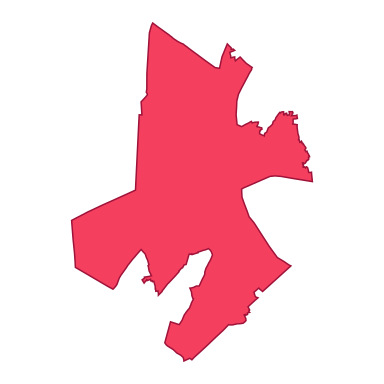 Gwale, Kano, Nigeria
{"feature_id": "59680162B24203265637376", "entity_name": "Gwale", "entity_type": "district", "adm_level": 2, "iso_a3": "NGA", "parent_name": "Nigeria", "parent_adm1": "Kano", "projection": "robinson", "projection_center": [8.494, 11.979], "detail": "fine", "context": "isolated", "style": "filled", "palette": "rose", "viewbox_px": 384, "rotation_deg": 0, "n_neighbors": 0, "source": "geoboundaries", "source_scale": "gbopen_adm2", "svg_char_len": 5938}
<svg xmlns="http://www.w3.org/2000/svg" viewBox="0 0 384 384"><path d="M283.6,111.8L282.4,111.8L280.9,112.2L280.2,113.0L279.7,112.5L278.7,113.7L277.6,115.3L276.0,117.5L275.2,119.6L274.9,120.1L273.2,121.5L272.7,123.5L272.3,124.3L271.8,125.0L269.6,127.0L268.5,127.6L268.3,128.1L268.0,128.5L267.9,128.9L266.7,132.0L265.5,132.9L264.7,133.4L264.4,135.0L264.2,135.9L263.8,135.6L262.9,135.3L261.6,134.8L260.5,134.2L259.6,133.7L259.7,131.0L260.4,130.8L260.5,130.0L262.0,129.2L261.7,127.8L260.6,127.6L258.8,127.0L257.3,126.8L256.8,126.5L257.8,124.5L258.4,122.5L258.4,122.1L257.4,122.1L254.9,122.2L253.1,122.6L252.1,122.9L251.4,121.4L250.1,122.0L248.8,122.9L245.7,124.3L241.7,126.6L237.1,124.7L236.1,114.7L236.6,107.0L236.8,101.1L238.5,94.2L241.4,88.3L248.1,75.7L248.8,74.2L250.1,72.0L251.6,69.6L251.7,68.3L252.2,67.5L250.3,66.2L246.3,63.4L242.0,59.0L240.7,57.6L240.1,57.0L235.4,60.8L234.8,58.8L234.7,56.9L230.7,57.7L230.7,55.8L229.7,52.4L234.7,50.4L233.1,49.0L231.2,49.4L231.1,47.7L229.4,46.1L227.3,43.9L222.0,56.8L219.5,68.3L215.1,67.6L205.7,60.9L188.3,48.0L187.0,46.9L184.7,45.3L183.3,44.1L180.4,42.9L177.0,41.0L173.1,38.3L172.3,37.5L171.4,36.7L171.1,36.5L170.5,36.2L169.6,35.3L158.0,27.0L152.7,23.0L151.4,25.6L149.4,32.8L146.9,73.3L146.8,89.3L146.7,89.5L146.3,92.3L146.6,92.9L147.2,93.4L147.3,94.9L145.8,96.8L143.7,99.1L141.1,101.8L141.9,114.9L139.2,114.8L139.1,116.3L135.7,185.3L135.5,190.1L123.9,195.4L111.5,201.0L109.5,201.9L101.9,205.3L91.1,210.4L87.5,212.1L71.6,220.4L73.1,239.4L74.5,253.2L75.1,261.8L75.4,267.4L87.1,274.2L107.7,286.3L113.0,289.2L114.4,287.7L115.6,286.4L117.0,284.3L119.3,278.0L120.9,275.3L126.4,267.6L127.9,265.2L129.3,263.5L132.5,259.4L133.8,257.9L134.9,256.7L136.2,255.1L140.4,250.3L141.1,249.5L142.2,250.7L143.3,252.0L144.1,252.8L144.9,253.6L145.5,254.7L145.9,256.1L146.6,258.1L147.4,259.6L147.9,261.2L148.4,263.0L148.9,264.8L148.0,265.6L148.4,266.9L149.1,270.9L149.9,272.6L151.5,275.7L149.1,276.4L144.4,277.1L144.5,278.1L142.1,279.8L144.1,283.1L146.8,279.7L147.2,280.6L150.5,279.3L150.7,280.8L152.3,280.8L152.2,281.4L152.6,281.4L152.7,281.7L153.8,281.4L154.4,283.5L154.9,285.2L155.2,285.9L155.2,286.7L155.2,287.3L155.3,289.1L155.6,289.1L155.8,291.3L158.0,291.0L158.2,292.5L158.4,293.2L158.4,294.0L158.4,294.6L158.4,295.2L159.7,293.9L162.1,291.5L162.2,290.9L162.7,290.3L167.6,283.9L168.8,282.8L175.3,275.9L179.1,271.6L178.9,270.9L179.9,270.0L181.7,268.0L182.5,267.9L184.1,264.9L186.1,264.5L189.1,254.2L190.0,254.1L190.9,254.4L191.8,253.9L192.1,254.6L193.5,254.1L198.1,252.7L198.0,252.1L200.6,251.3L203.1,250.4L205.9,249.7L208.4,248.6L210.5,250.4L211.3,251.8L212.5,254.9L211.0,258.7L210.1,260.6L208.6,263.2L207.6,265.3L205.9,268.4L204.8,272.1L204.8,273.7L204.4,275.2L202.3,279.2L199.2,286.0L196.4,286.0L193.5,287.4L191.8,287.9L189.9,288.1L191.1,291.0L191.6,292.5L191.5,292.9L191.8,294.2L191.8,295.2L192.7,298.2L193.5,298.9L193.2,299.4L191.3,303.3L190.9,304.6L190.6,305.4L190.2,306.1L189.9,307.3L189.2,308.5L188.4,309.3L187.6,310.3L186.5,311.7L185.2,313.6L184.4,314.7L183.5,316.7L182.1,320.2L179.2,324.6L170.5,321.8L169.2,326.6L164.8,342.8L166.2,344.8L167.7,346.1L173.3,349.6L176.8,353.0L179.9,354.7L181.0,355.4L183.1,357.4L183.6,358.8L183.9,361.0L189.8,358.3L191.9,359.8L194.2,357.3L199.2,352.8L204.4,348.0L209.0,343.7L212.2,340.6L216.1,336.9L223.5,330.0L228.6,324.7L229.5,324.9L230.9,324.9L231.9,324.9L233.3,324.8L234.5,324.4L235.8,324.2L237.0,323.8L238.5,323.8L239.6,323.7L240.8,323.6L241.9,323.4L243.0,323.3L243.9,322.6L244.5,322.1L245.3,321.4L246.0,320.6L245.8,318.5L244.2,314.9L245.1,314.5L245.8,315.2L247.5,314.5L247.2,313.8L247.4,313.6L247.5,313.0L249.5,312.4L249.1,312.1L248.9,311.8L248.9,311.4L248.8,311.1L249.5,310.6L249.2,309.9L249.5,309.5L248.9,308.7L248.7,308.1L248.0,306.8L255.4,300.0L258.0,297.8L255.4,296.8L254.9,295.4L254.0,292.2L258.8,288.1L259.8,289.2L262.6,291.5L290.8,266.0L290.9,265.9L288.9,264.9L284.1,261.6L277.3,257.5L269.1,246.2L260.6,233.0L254.1,222.9L249.1,216.8L246.9,210.5L246.6,209.8L244.2,203.5L242.0,197.2L241.6,189.1L243.8,187.8L249.6,185.3L261.0,180.3L270.0,176.4L274.9,175.9L281.0,176.4L286.8,177.4L293.7,178.6L299.4,179.5L312.4,181.6L311.6,173.9L311.5,172.2L310.1,172.5L309.5,172.5L308.6,172.4L308.6,171.3L307.7,167.9L307.5,167.7L307.3,167.7L307.0,167.4L306.8,167.0L306.7,166.8L306.4,166.9L306.3,167.0L305.8,167.4L305.4,167.8L305.1,167.3L304.9,167.0L304.6,166.9L304.5,167.0L304.3,167.1L303.9,167.2L303.6,167.1L303.1,167.0L303.6,166.1L302.8,164.5L302.5,162.9L303.2,162.8L303.6,164.1L304.5,163.5L305.1,163.3L305.6,162.3L305.9,162.3L306.3,161.4L306.6,160.6L307.4,160.1L307.7,160.4L308.8,159.1L308.5,157.3L309.6,156.8L309.2,155.6L308.8,155.5L308.5,154.2L307.7,153.1L307.0,151.2L306.1,151.7L305.7,150.9L305.3,150.6L304.9,150.0L305.0,149.3L305.7,148.7L305.9,148.2L305.9,147.8L305.7,147.4L305.3,146.9L304.6,146.0L304.1,145.3L303.6,144.3L303.4,144.0L302.9,144.0L302.8,143.4L302.6,143.0L301.9,142.9L301.8,141.9L301.5,141.2L300.9,141.8L300.7,141.9L300.7,142.1L299.9,142.4L299.4,140.5L299.1,139.5L298.6,139.6L298.9,138.1L299.0,137.5L298.8,136.4L298.4,135.1L297.9,133.5L297.2,128.0L297.1,127.1L297.1,125.4L297.2,124.7L293.8,124.1L293.2,124.1L292.9,124.1L292.9,123.6L293.1,122.8L293.1,122.5L293.1,122.2L293.2,121.0L293.1,120.8L293.0,120.4L293.1,119.9L293.2,119.5L293.2,119.3L293.3,119.1L294.3,118.9L294.9,118.9L295.5,118.9L295.9,118.8L296.7,118.7L296.8,118.4L297.4,118.4L297.2,117.3L297.0,116.2L296.9,115.1L296.0,115.5L295.7,115.5L294.9,115.7L294.0,115.5L293.1,115.7L292.5,115.7L291.5,115.7L291.9,115.1L292.2,114.2L292.4,113.8L292.7,113.1L293.0,112.9L292.8,112.6L292.5,112.0L292.5,111.8L292.4,111.8L292.3,111.6L291.6,111.7L289.1,111.6L289.2,112.3L289.5,113.4L289.4,114.0L289.3,114.9L289.1,114.9L289.1,115.0L288.2,115.0L287.8,115.2L287.3,115.4L287.2,115.1L286.9,114.6L286.7,114.0L286.8,113.9L286.6,113.2L285.7,113.4L285.2,113.8L284.9,114.3L284.8,114.5L284.5,114.5L284.0,115.0L283.6,114.6L283.7,113.8L283.8,113.3L283.6,112.4L283.6,111.8Z" fill="#f43f5e" stroke="#9f1239" stroke-width="1.5"/></svg>